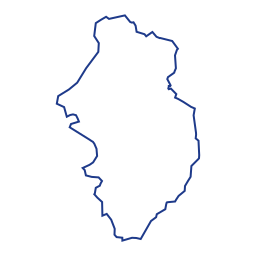 Kajola, Oyo, Nigeria
{"feature_id": "59680162B64506251287847", "entity_name": "Kajola", "entity_type": "district", "adm_level": 2, "iso_a3": "NGA", "parent_name": "Nigeria", "parent_adm1": "Oyo", "projection": "albers", "projection_center": [3.358, 8.018], "detail": "fine", "context": "isolated", "style": "outline", "palette": "blue", "viewbox_px": 256, "rotation_deg": 0, "n_neighbors": 0, "source": "geoboundaries", "source_scale": "gbopen_adm2", "svg_char_len": 1484}
<svg xmlns="http://www.w3.org/2000/svg" viewBox="0 0 256 256"><path d="M132.0,237.8L136.3,238.0L140.7,239.0L151.0,221.0L156.1,217.2L156.8,214.2L165.3,209.2L166.2,204.3L166.6,202.8L166.9,202.4L167.8,202.2L175.1,201.5L176.1,199.7L178.6,195.9L184.7,190.9L185.0,186.0L187.9,181.1L190.6,176.8L190.8,174.1L191.4,166.0L198.8,158.6L199.0,158.3L199.2,155.1L198.5,140.7L197.1,139.5L195.7,138.4L196.1,134.7L196.0,132.7L193.6,115.3L194.8,108.5L190.9,106.8L190.8,106.7L183.5,102.0L177.9,98.8L175.1,97.6L176.3,94.1L170.9,88.6L168.8,89.2L168.3,88.5L168.8,86.5L168.8,86.0L170.2,86.1L170.6,85.4L167.3,79.1L168.0,77.1L174.2,72.7L174.6,71.3L174.7,71.1L175.9,68.3L175.0,55.4L176.9,49.9L177.9,48.8L172.2,41.0L160.2,38.0L159.7,38.1L156.5,36.8L152.4,32.0L151.5,32.6L146.2,36.3L144.5,34.2L136.6,31.8L135.6,25.7L133.5,22.3L131.9,22.6L130.2,22.0L124.9,15.4L122.1,16.0L109.0,18.9L106.1,16.8L101.1,19.7L95.8,23.1L94.2,36.0L98.8,43.1L98.3,51.9L86.2,68.1L77.2,82.7L68.9,89.5L58.2,96.1L56.8,103.7L64.1,107.1L66.8,116.7L70.2,115.0L73.0,114.4L76.0,115.2L77.7,118.6L78.9,121.6L71.0,124.0L70.4,125.5L69.7,127.3L89.6,139.7L91.5,141.0L92.9,141.8L94.3,143.7L95.3,146.0L96.5,148.8L97.1,156.0L93.1,162.4L89.6,164.8L82.7,168.0L84.7,170.1L85.9,175.4L91.7,176.9L98.6,177.4L102.0,181.0L100.6,183.5L99.8,185.7L95.8,187.8L94.8,193.6L94.3,194.2L97.2,197.5L102.1,202.0L102.4,215.7L106.7,213.9L111.2,219.7L114.7,228.8L114.5,234.7L116.6,237.1L122.3,237.7L122.4,240.6L132.0,237.8Z" fill="none" stroke="#1e3a8a" stroke-width="2"/></svg>